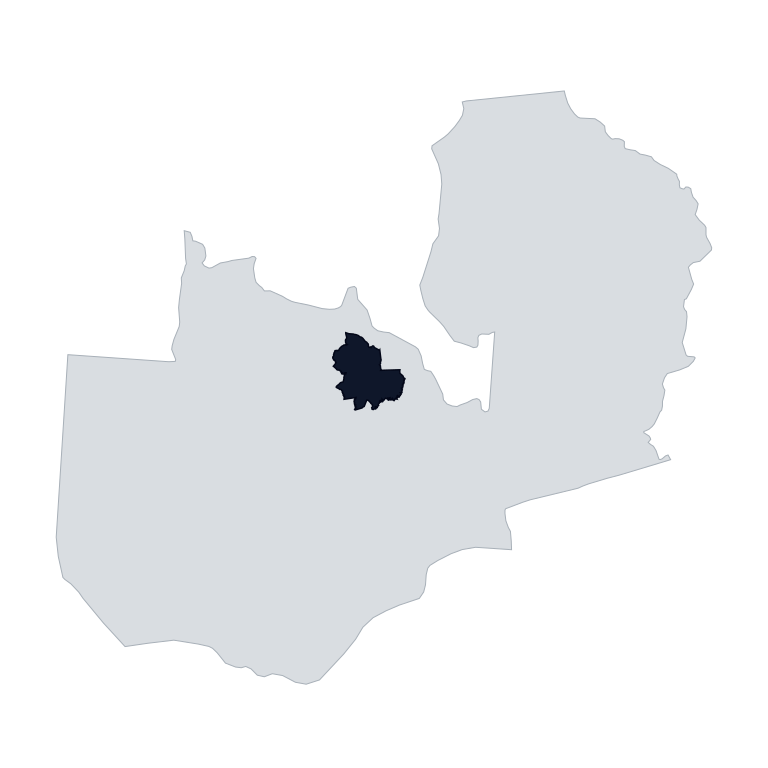 location of Lufwanyama, Copperbelt, Zambia, rotated 4°
{"feature_id": "96606910B27641216908272", "entity_name": "Lufwanyama", "entity_type": "district", "adm_level": 2, "iso_a3": "ZMB", "parent_name": "Zambia", "parent_adm1": "Copperbelt", "projection": "robinson", "projection_center": [27.285, -12.951], "detail": "fine", "context": "in_parent", "style": "filled", "palette": "ink", "viewbox_px": 768, "rotation_deg": 4, "n_neighbors": 0, "source": "geoboundaries", "source_scale": "gbopen_adm2", "svg_char_len": 9421}
<svg xmlns="http://www.w3.org/2000/svg" viewBox="0 0 768 768"><g transform="rotate(4 384 384)"><path d="M522.8,540.4L486.7,540.5L473.6,543.7L462.8,548.6L450.0,556.3L442.5,561.7L440.5,564.7L439.4,571.3L439.4,581.4L438.1,588.7L434.2,595.4L414.7,603.5L401.9,610.1L389.4,617.9L379.9,628.1L373.5,640.6L362.7,656.1L340.3,683.7L327.3,688.9L316.4,687.7L303.2,681.9L292.8,680.8L285.0,684.4L277.9,683.3L271.3,677.5L265.8,675.4L261.4,677.0L255.7,676.7L245.3,673.5L236.3,663.7L231.4,659.6L227.6,658.0L216.9,656.4L192.2,654.2L166.5,659.1L144.0,664.0L120.9,642.1L98.7,618.8L94.0,612.9L85.6,605.2L79.5,601.4L77.2,599.4L71.1,578.7L67.7,559.7L66.6,376.8L167.7,376.8L174.2,376.0L174.5,374.1L169.8,364.3L170.0,360.8L171.3,354.2L175.7,340.9L175.9,336.5L173.8,322.1L174.0,314.1L175.1,297.8L174.4,292.3L176.8,284.9L177.5,280.1L178.5,278.0L177.3,272.4L175.2,253.1L174.0,245.0L180.1,246.2L182.1,250.1L183.3,254.5L186.0,254.7L193.3,257.3L195.8,260.9L197.4,268.7L196.5,272.7L194.1,275.9L196.5,278.7L201.3,280.6L204.1,280.0L212.3,274.7L219.8,272.8L223.6,271.4L240.3,267.9L243.6,266.0L246.0,266.0L247.6,267.6L246.1,273.0L245.7,278.0L247.7,287.2L249.3,291.5L252.8,294.6L255.3,296.2L258.2,299.5L264.0,299.0L276.8,303.7L280.7,305.8L286.1,308.0L289.9,308.8L303.1,310.5L317.1,313.1L324.3,313.3L329.5,312.7L333.1,311.3L335.3,309.8L336.3,308.5L341.5,291.0L344.2,289.7L347.7,288.8L349.7,290.4L351.9,301.4L362.0,311.4L365.5,319.7L368.0,326.9L370.2,328.9L374.0,331.3L380.1,332.2L385.6,332.4L412.7,344.7L415.7,346.9L419.1,353.4L421.1,360.8L423.2,366.6L426.7,367.7L429.8,368.1L432.9,372.1L435.2,375.6L443.3,390.0L444.4,395.7L448.3,399.6L453.6,401.2L458.5,401.4L461.3,399.7L468.2,396.7L473.6,393.3L477.6,392.1L479.9,392.9L481.7,395.2L482.9,402.4L486.7,404.8L489.6,403.8L490.7,401.0L490.7,399.6L490.8,324.4L488.4,325.0L485.2,327.1L478.0,327.3L475.2,328.9L474.4,331.3L474.9,334.5L475.0,338.7L474.0,340.7L470.8,341.5L466.3,339.9L458.0,337.7L451.1,336.4L446.2,330.8L439.5,322.3L435.1,318.0L424.6,309.1L422.8,307.3L419.6,303.2L416.8,296.1L414.2,288.0L412.8,282.8L415.3,274.8L421.6,248.8L423.0,240.7L428.1,232.4L428.5,225.0L426.5,215.6L427.0,210.4L427.7,180.5L426.3,171.1L422.9,160.6L415.2,146.1L415.3,143.0L427.0,133.5L430.6,130.0L436.7,122.3L440.8,115.8L443.5,110.5L444.4,103.7L442.4,97.2L446.4,95.9L543.4,79.1L544.8,83.6L547.7,91.0L551.1,96.5L555.2,101.3L558.7,104.2L561.1,105.0L576.0,104.7L581.4,107.6L586.1,111.3L587.2,117.0L590.3,120.6L593.6,123.4L595.0,123.8L597.5,123.1L601.5,123.0L605.2,124.2L606.9,125.5L607.1,130.3L608.2,132.4L613.3,133.2L618.4,133.6L623.4,136.8L628.7,137.4L634.9,138.7L637.8,142.2L644.4,145.8L652.5,149.0L661.4,154.3L661.6,155.9L663.1,159.0L664.6,161.3L664.7,164.6L665.5,167.6L667.8,168.4L669.6,168.6L671.4,166.4L673.8,166.4L676.4,167.8L677.3,171.4L679.3,176.1L682.6,179.3L684.8,182.4L684.0,188.1L682.6,193.3L687.0,198.5L692.8,203.3L694.3,205.5L694.8,212.7L695.6,215.2L699.5,221.2L701.4,225.2L701.3,227.5L690.6,239.5L684.1,241.3L681.3,243.8L679.5,246.3L683.7,258.2L685.9,262.7L684.0,268.3L679.7,277.9L677.8,278.8L677.4,286.0L678.7,288.7L680.7,290.7L681.6,295.7L681.3,307.9L678.6,321.8L683.3,333.9L684.9,335.2L691.5,335.3L692.6,336.3L691.0,339.8L686.4,345.1L678.0,349.3L665.9,353.8L663.4,358.2L661.7,364.6L663.1,368.3L664.6,370.5L664.1,376.1L663.0,381.9L663.3,386.6L662.8,390.7L661.2,392.7L659.0,398.8L656.4,405.0L654.4,407.8L651.3,410.8L646.5,413.3L646.6,414.5L652.0,417.4L653.4,419.3L653.9,420.7L651.6,423.8L654.1,425.7L657.1,427.3L660.0,431.4L663.3,439.2L663.8,440.0L664.8,440.1L666.6,439.3L669.9,436.1L672.3,435.0L675.2,439.5L624.8,458.6L612.9,462.6L595.2,469.3L589.5,471.9L584.9,474.4L538.0,489.3L530.6,492.3L514.1,499.9L513.5,501.2L513.7,504.7L515.1,511.9L518.0,518.4L520.4,522.2L521.9,531.9L522.8,540.4Z" fill="#d9dde1" stroke="#a8b0b8" stroke-width="1"/><path d="M356.9,338.7L354.7,337.3L352.5,336.7L350.9,336.6L349.9,336.3L345.5,336.3L342.3,335.5L342.4,336.7L342.9,337.9L342.9,338.4L343.3,339.2L343.4,339.9L343.6,340.5L343.3,341.5L342.7,342.3L342.5,342.9L342.7,344.5L342.9,345.7L343.8,346.4L344.1,347.3L344.4,347.4L343.9,347.7L343.1,347.5L342.9,347.6L342.6,347.6L342.1,347.9L341.8,347.9L341.4,347.8L341.1,348.2L340.0,348.9L339.7,349.2L339.1,349.4L338.8,350.0L338.2,350.4L338.1,350.8L337.3,351.5L336.5,353.5L336.2,353.6L335.9,353.6L335.5,354.1L335.0,353.8L334.4,353.8L334.1,354.0L333.7,353.9L333.1,354.2L332.8,354.2L332.6,355.0L332.6,355.3L332.3,355.8L332.3,356.2L332.1,356.2L331.9,356.7L332.0,357.1L331.7,357.9L331.8,358.0L331.7,358.6L331.9,358.9L331.8,359.4L331.5,360.0L331.0,360.7L331.0,360.9L331.2,361.2L331.2,361.9L331.9,362.9L332.1,363.5L332.3,363.6L332.8,363.5L333.1,363.7L333.1,363.9L333.5,364.2L333.5,364.4L333.9,364.8L334.0,365.0L334.6,365.7L334.2,366.1L334.4,366.6L334.1,367.0L334.0,367.3L333.9,367.4L333.9,367.7L333.7,368.0L333.5,368.4L333.3,368.4L333.3,368.7L333.0,368.8L332.9,369.0L332.6,369.4L332.4,369.5L332.2,369.8L335.6,372.3L335.6,372.6L336.0,372.8L336.3,373.2L338.9,373.4L339.4,374.1L340.1,374.2L340.3,374.5L340.3,374.8L340.2,375.1L341.3,375.6L341.1,375.7L340.9,376.2L340.9,376.3L341.0,376.7L341.8,376.9L342.1,376.9L342.5,376.9L342.9,376.8L343.3,376.6L344.0,375.5L345.4,375.4L345.2,376.7L344.4,377.1L343.8,377.9L343.9,378.8L343.5,380.1L343.7,381.0L343.3,383.7L343.0,384.8L342.8,385.0L341.4,385.3L340.6,385.7L339.5,386.8L339.0,387.8L338.3,388.1L336.9,389.5L336.5,390.4L337.7,391.3L338.4,391.3L340.3,392.5L340.7,392.4L341.8,392.6L342.2,393.3L342.5,393.4L342.6,393.7L342.9,393.8L343.1,393.9L343.1,394.3L343.0,394.5L342.9,394.6L343.1,395.0L343.0,395.3L343.3,395.5L343.5,396.2L343.7,396.4L343.7,396.5L344.1,396.7L344.1,396.9L344.1,397.1L344.1,397.3L344.1,397.5L344.3,397.5L344.1,397.8L344.4,397.9L344.5,398.3L344.7,398.6L344.9,398.9L344.8,399.0L344.9,399.3L345.3,399.3L345.2,399.5L345.3,400.0L345.5,400.1L345.4,400.3L345.5,400.5L345.2,400.9L345.2,401.1L345.5,401.3L345.4,401.6L345.3,402.0L354.7,399.9L355.2,399.9L357.0,399.4L356.9,399.9L356.7,400.2L356.8,400.3L356.8,400.7L356.4,401.2L356.0,401.4L356.2,401.5L356.1,401.8L356.0,402.0L355.9,401.9L355.9,402.4L355.7,402.5L355.3,403.1L355.3,403.3L355.6,403.6L355.6,403.9L355.6,404.4L355.8,404.8L356.0,404.9L355.8,405.1L355.8,405.4L356.0,405.5L356.2,406.2L356.1,406.4L356.4,406.7L356.4,406.9L356.6,406.9L356.4,407.1L356.6,407.4L356.8,407.5L356.7,407.9L356.9,408.0L356.9,408.4L357.2,408.3L357.2,408.5L357.4,408.4L357.5,408.6L357.5,409.4L357.2,410.0L357.1,410.4L357.1,410.2L356.9,410.4L356.9,410.7L357.1,410.7L356.8,411.1L357.1,411.1L356.9,411.2L357.1,411.5L356.9,411.8L357.1,411.9L363.8,409.4L364.9,408.2L365.8,407.8L367.8,401.6L368.0,401.2L368.8,401.2L369.9,401.8L372.0,403.7L372.3,404.3L372.7,404.3L373.3,405.0L373.7,405.4L373.7,405.7L373.9,405.8L373.9,406.0L374.0,406.1L374.2,406.8L373.9,407.9L373.4,408.4L373.6,408.8L373.7,409.8L374.1,410.1L375.2,410.2L376.0,409.5L376.9,409.4L377.4,409.5L377.8,409.0L377.9,408.3L377.5,408.0L376.9,408.1L376.7,407.8L376.8,407.3L377.4,407.1L377.7,407.1L378.6,407.5L378.9,407.9L379.0,407.8L379.0,407.1L379.4,406.5L379.4,406.1L379.5,405.9L379.9,406.0L380.1,405.8L379.7,405.2L379.8,404.4L380.5,403.7L380.6,403.0L381.2,402.7L381.7,402.3L381.7,401.9L381.6,401.3L381.4,401.2L381.2,401.2L380.8,401.6L380.7,401.4L380.9,401.0L381.3,400.7L381.8,400.7L382.0,400.9L382.1,401.5L382.5,401.8L383.4,401.9L383.6,401.0L383.1,400.2L383.1,399.2L383.7,399.9L384.0,400.1L384.5,399.9L384.6,400.3L384.7,400.1L385.0,400.1L385.1,399.6L385.5,399.5L385.6,399.1L386.2,398.2L386.6,398.0L387.3,398.5L387.9,398.4L388.1,398.3L388.3,397.9L388.9,397.6L389.3,397.7L389.6,398.1L389.5,398.3L388.7,398.9L389.2,399.5L389.6,399.4L389.6,399.8L389.8,399.8L390.1,399.6L389.8,399.3L389.9,399.1L390.2,399.1L390.3,397.4L390.5,397.3L390.8,397.4L391.0,397.3L391.0,397.8L391.7,399.3L392.0,399.5L392.2,399.4L393.1,398.1L393.2,397.9L393.1,397.7L393.4,397.5L393.6,397.6L393.7,397.8L393.5,399.2L394.3,399.4L394.7,399.7L395.2,399.9L395.6,399.3L395.7,398.6L396.0,398.5L396.2,398.1L396.6,398.1L397.4,398.2L397.8,397.9L398.1,398.0L397.9,397.6L397.1,397.1L397.3,396.8L397.8,396.9L398.3,396.7L398.8,396.0L398.7,395.7L397.8,395.6L397.8,395.3L398.0,394.8L398.3,394.5L398.6,394.7L398.8,394.7L399.2,395.7L399.9,396.1L400.0,396.0L400.3,395.2L401.1,394.2L401.1,393.3L401.6,393.2L401.8,392.9L401.6,392.4L401.6,392.1L401.2,391.7L402.1,391.7L402.5,391.3L402.4,390.4L402.2,389.9L402.5,389.0L402.2,388.7L402.4,388.4L402.6,388.3L402.5,388.1L402.2,388.2L402.4,388.0L402.4,387.8L402.0,387.6L401.7,387.0L402.1,386.9L402.7,386.5L402.4,386.2L403.0,385.2L403.1,384.3L402.5,383.8L403.0,383.3L403.0,383.2L402.6,382.8L402.8,382.6L403.2,382.7L403.7,382.2L403.6,381.6L403.3,381.2L403.4,380.9L403.6,380.8L403.6,381.1L403.7,381.3L403.8,381.2L403.9,380.9L403.7,380.6L403.8,380.1L403.6,379.9L403.8,379.4L403.6,379.1L403.9,378.9L403.8,378.4L403.7,378.2L403.9,377.9L404.3,377.8L404.6,377.4L404.2,376.9L403.8,376.9L403.5,376.8L402.7,375.5L402.6,375.2L402.3,374.6L401.7,374.5L401.6,374.2L401.3,373.8L401.1,373.8L401.0,373.5L399.8,372.8L399.2,372.3L398.8,370.3L398.9,368.7L379.8,370.6L380.2,369.9L379.6,368.9L379.1,366.0L378.7,365.9L378.4,365.6L378.4,365.3L378.2,365.1L378.7,364.8L378.8,364.2L379.1,363.6L378.9,362.6L379.0,361.8L379.3,361.3L379.4,360.0L379.1,359.1L377.4,350.3L377.3,350.5L377.0,350.6L371.9,348.3L371.1,347.0L370.6,346.8L370.1,346.8L369.3,347.5L368.9,347.9L368.9,348.3L368.7,348.7L368.2,348.6L367.7,348.0L367.0,348.5L366.7,348.4L365.7,347.6L365.8,346.9L365.6,345.6L365.5,345.2L364.9,344.8L363.8,343.5L362.4,342.9L359.7,339.9L358.3,338.9L356.9,338.7Z" fill="#0f172a" stroke="#020617" stroke-width="1.5"/></g></svg>